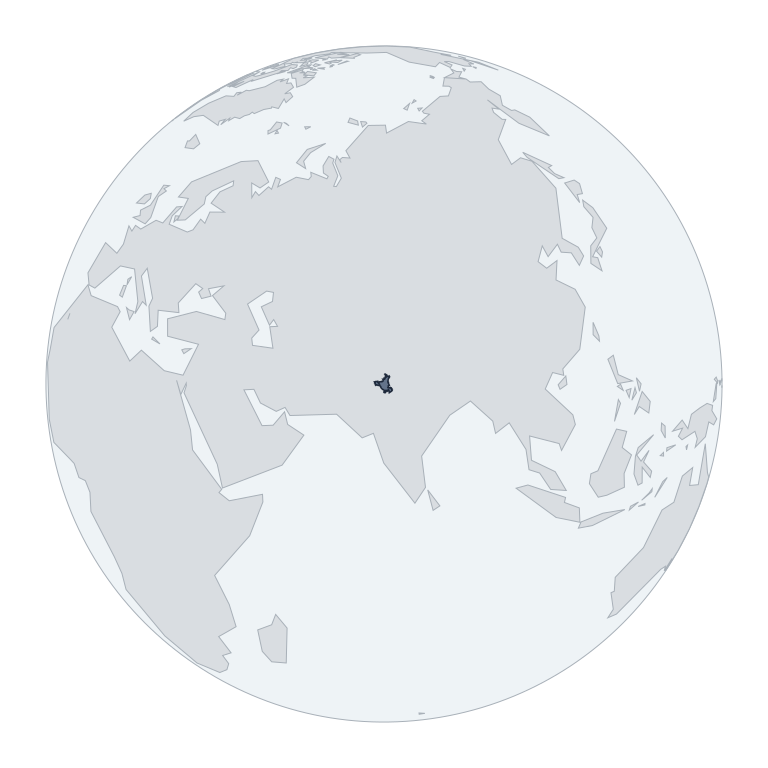 the Earth from above Haryana, rotated 349°
{"feature_id": "IND-2430", "entity_name": "Haryana", "entity_type": "State", "adm_level": 1, "iso_a3": "IND", "parent_name": "India", "parent_adm1": "", "projection": "orthographic", "projection_center": [76.236, 29.302], "detail": "medium", "context": "on_globe", "style": "filled", "palette": "slate", "viewbox_px": 768, "rotation_deg": 349, "n_neighbors": 0, "source": "natural_earth", "source_scale": "10m", "svg_char_len": 12589}
<svg xmlns="http://www.w3.org/2000/svg" viewBox="0 0 768 768"><g transform="rotate(349 384 384)"><circle cx="384" cy="384" r="338" fill="#eef3f6" stroke="#a8b0b8"/><path d="M473.6,58.2L474.1,58.4L496.9,68.0L512.7,74.2L502.5,71.2L538.2,86.2L556.1,97.7L530.5,83.1L523.8,80.6L533.3,87.0L528.5,85.9L530.3,88.8L523.7,87.2L509.3,79.9L504.7,79.0L511.7,83.8L509.5,86.0L499.9,79.0L495.0,82.4L470.1,72.8L449.8,59.0L430.6,55.9L395.6,48.6L393.4,49.5L378.8,48.6L370.9,49.6L366.7,48.9L364.0,50.5L369.4,51.1L370.0,52.2L365.9,53.1L359.7,52.0L360.9,51.4L356.9,51.6L355.7,50.8L353.9,51.7L347.0,50.9L347.6,53.3L336.9,53.9L334.0,53.0L342.5,51.1L356.8,47.2L356.7,47.2L380.3,46.1L403.9,46.7L427.4,48.9L450.7,52.7L473.6,58.2ZM305.7,55.3L309.3,54.4L308.5,54.8L316.0,53.8L306.0,56.4L292.2,59.9L285.4,61.2L279.1,63.1L278.3,64.5L258.8,70.6L233.8,81.6L229.7,83.5L232.2,82.1L256.0,71.3L280.5,62.3L305.7,55.3ZM525.1,79.5L519.4,76.3L526.6,79.9L525.1,79.5ZM531.7,89.5L534.9,90.9L534.5,91.8L531.7,89.5ZM321.0,52.6L318.6,53.1L318.4,53.0L321.0,52.6ZM326.6,51.8L328.2,51.2L331.1,50.7L330.1,51.1L326.6,51.8ZM524.0,90.6L522.4,92.2L521.5,89.2L524.0,90.6ZM324.0,52.7L336.1,50.1L341.1,49.5L341.4,50.7L324.0,52.7ZM519.8,92.3L516.1,97.1L522.8,100.3L501.8,94.8L511.9,92.0L509.8,87.6L514.9,91.1L519.8,92.3ZM372.9,50.9L367.0,50.3L375.8,50.1L372.9,50.9ZM378.4,50.6L404.5,50.1L411.2,52.1L401.1,51.5L412.8,54.1L403.2,55.2L394.6,54.1L392.2,52.4L390.4,54.2L378.4,50.6ZM490.8,91.5L487.8,91.9L488.2,90.1L490.8,91.5ZM371.0,52.6L375.6,52.1L381.8,53.6L373.5,55.1L374.2,54.1L371.0,52.6ZM420.6,54.5L423.7,56.3L416.8,57.6L417.0,58.6L403.6,55.4L420.6,54.5ZM370.7,54.2L369.1,55.9L362.5,56.2L366.8,53.4L370.7,54.2ZM386.8,53.6L389.3,54.5L385.2,54.4L386.8,53.6ZM337.9,59.1L343.4,57.8L347.0,58.4L337.9,59.1ZM369.0,56.6L371.3,56.5L373.4,56.8L371.0,58.0L369.0,56.6ZM399.6,56.8L396.1,57.2L404.8,58.1L399.9,59.6L391.8,57.4L393.3,59.0L391.8,59.5L386.9,57.3L399.6,56.8ZM374.8,60.2L362.9,58.8L351.9,60.8L348.3,60.1L366.6,57.2L374.8,60.2ZM382.3,58.6L376.9,59.4L375.2,57.9L377.9,56.5L382.3,58.6ZM399.6,61.6L409.1,59.8L410.5,60.4L399.6,61.6ZM372.0,61.0L374.9,61.4L371.4,61.3L372.0,61.0ZM391.5,61.6L394.6,60.7L396.2,61.4L391.5,61.6ZM378.2,63.1L374.3,62.5L376.0,61.3L378.2,63.1ZM384.5,62.6L385.9,63.8L378.9,61.3L385.7,62.1L384.5,62.6ZM392.4,62.3L394.4,62.5L390.9,62.6L392.4,62.3ZM373.9,68.1L364.7,65.3L368.5,62.6L376.9,65.6L373.9,68.1ZM48.7,354.7L57.9,298.3L63.1,285.9L70.9,265.6L112.3,230.1L113.4,241.4L137.2,257.2L138.8,262.7L127.6,276.3L138.8,313.0L152.3,304.5L170.8,329.0L188.4,337.0L209.5,309.6L180.7,295.8L184.0,278.7L213.7,277.0L240.1,290.4L242.2,284.3L232.5,264.5L245.6,257.1L229.9,257.0L231.0,264.8L221.2,265.3L219.6,258.4L224.3,255.7L218.4,249.6L197.5,265.2L196.3,274.8L176.4,268.5L172.6,284.2L164.7,287.8L168.1,262.7L173.2,255.7L173.7,225.2L166.5,231.7L165.6,261.3L162.7,257.0L153.0,267.5L158.1,256.1L161.1,223.5L147.8,217.8L118.5,234.7L113.4,230.5L114.6,218.4L137.7,192.1L146.7,204.7L154.9,197.0L163.8,180.1L165.7,185.8L170.4,180.9L174.8,185.5L191.5,179.8L197.6,183.7L214.2,170.6L219.6,171.2L208.2,178.5L203.6,186.2L219.9,197.3L226.0,196.2L235.5,187.2L238.8,192.1L245.9,182.0L260.3,184.9L248.8,173.5L259.6,164.1L273.7,160.6L275.2,155.9L252.2,161.7L244.9,166.1L241.9,173.0L220.2,185.0L212.4,183.8L227.3,164.5L217.9,161.2L233.6,148.9L286.2,138.4L302.9,140.7L309.4,163.7L299.7,167.9L292.5,161.4L289.8,175.9L294.5,170.6L297.2,175.1L308.3,168.4L310.8,171.4L317.2,160.5L321.4,163.4L317.3,170.2L337.3,164.3L348.9,169.0L352.2,166.4L352.5,162.2L367.1,171.7L368.9,169.5L364.8,165.3L365.8,158.3L373.2,150.1L377.8,153.8L375.8,157.3L378.4,170.8L372.3,180.3L374.9,181.1L381.4,173.8L378.1,157.2L381.3,151.2L384.2,158.5L383.4,155.4L386.4,153.7L393.7,155.7L391.1,147.7L417.9,127.2L434.8,130.2L434.4,138.2L458.0,131.0L475.2,136.9L471.3,132.8L480.1,127.9L474.9,125.8L473.7,123.6L493.9,112.4L502.2,113.5L506.6,106.0L504.6,104.1L498.7,102.8L501.8,94.8L522.8,100.3L526.2,104.0L537.0,105.8L543.1,114.5L553.1,123.2L553.4,133.0L561.4,139.8L564.7,139.9L578.0,149.9L593.7,172.0L566.2,153.8L539.7,124.8L549.2,136.1L542.7,133.8L543.4,138.3L550.5,146.8L554.0,147.5L542.8,166.0L551.1,192.8L561.2,188.0L571.8,193.6L590.1,224.6L586.7,275.0L600.8,286.8L604.4,296.4L598.4,304.8L592.9,291.0L583.1,288.4L580.9,279.9L569.4,290.3L565.7,278.6L558.6,293.3L565.8,301.4L577.4,295.8L572.7,314.7L589.7,327.5L596.2,346.9L582.8,387.3L562.4,403.3L562.1,409.8L551.7,404.9L541.3,419.7L563.5,450.3L564.1,460.3L545.6,483.1L544.6,475.9L517.0,462.8L514.2,487.0L535.3,502.7L542.6,523.3L527.5,519.3L519.8,501.1L510.0,495.8L510.9,475.3L499.5,446.0L484.1,453.8L483.7,441.2L465.6,417.2L442.6,427.2L407.2,461.9L405.0,493.4L391.6,506.9L368.7,461.6L364.2,430.4L352.3,432.7L331.7,404.6L285.7,397.0L282.4,388.1L273.0,390.3L259.1,379.1L255.3,364.4L245.4,363.0L256.3,401.6L267.3,403.3L281.1,392.3L281.7,405.3L295.6,418.9L268.5,444.2L205.6,455.3L205.0,430.9L186.0,354.5L189.7,347.9L189.8,347.0L190.0,345.4L182.5,355.6L181.1,340.8L185.3,392.2L183.5,412.2L204.6,456.4L201.3,459.1L209.8,469.1L243.7,469.1L242.6,476.7L223.2,507.3L181.2,539.6L190.0,570.9L192.5,594.0L173.5,600.4L182.6,618.7L173.8,619.7L178.2,628.9L175.3,634.4L167.8,635.9L147.2,622.2L140.0,613.2L120.8,589.5L91.6,536.5L90.6,519.9L86.3,502.1L72.0,453.2L74.7,434.2L72.4,421.9L66.7,417.6L64.7,402.9L61.9,398.4L48.8,378.3L48.7,354.7ZM89.2,254.7L85.9,260.2L89.2,254.7ZM262.3,321.0L281.8,327.7L282.8,306.0L290.5,307.1L288.0,299.7L282.8,304.4L278.3,284.8L290.3,281.7L293.0,273.0L286.5,270.4L265.3,279.5L271.6,307.2L262.9,313.7L262.3,321.0ZM227.5,84.5L228.4,84.1L225.8,85.4L227.5,84.5ZM191.9,152.4L190.0,157.4L183.2,161.5L175.6,159.1L185.3,152.9L191.9,152.4ZM188.8,163.9L205.8,146.8L211.2,148.4L205.3,150.3L207.2,153.0L198.2,156.9L186.8,176.1L180.1,181.2L169.6,172.5L176.7,172.1L178.2,166.9L188.8,163.9ZM239.4,108.3L246.8,103.1L249.0,113.0L241.9,116.8L233.8,114.0L237.5,107.9L239.4,108.3ZM322.1,56.1L324.8,55.1L326.5,55.2L325.6,56.1L322.1,56.1ZM340.2,58.5L312.1,61.5L313.7,60.2L295.3,64.7L292.5,63.3L304.5,60.2L288.6,63.0L298.3,59.8L287.0,62.3L314.1,55.7L322.2,53.6L314.2,56.3L316.6,57.5L320.0,57.4L335.9,55.9L354.5,52.8L359.8,54.3L358.6,56.2L355.0,57.1L352.7,55.7L349.4,58.0L343.3,56.8L340.2,58.5ZM341.5,89.1L340.4,85.1L332.9,93.4L326.7,90.5L326.2,91.7L318.4,91.6L308.2,93.8L306.6,92.0L303.3,93.7L298.1,94.1L293.0,95.9L288.3,93.6L281.8,95.9L283.3,93.6L273.2,98.3L278.7,93.9L272.4,94.5L270.4,98.5L257.9,85.8L248.4,85.3L237.5,87.8L248.4,81.0L265.5,74.9L283.9,71.0L291.5,73.0L295.0,70.0L299.7,70.3L295.0,72.5L305.0,69.4L307.6,70.4L324.1,69.5L337.0,65.5L343.3,65.5L339.6,67.6L348.5,66.2L345.7,70.4L350.1,70.7L351.8,75.5L341.9,80.2L347.6,80.2L349.2,84.5L341.5,89.1ZM374.0,69.5L363.5,74.7L355.0,76.0L355.7,67.1L352.1,66.3L352.2,61.5L364.5,60.0L363.3,61.4L365.1,62.5L360.5,62.5L365.5,63.3L364.0,65.4L367.4,66.8L363.1,68.0L374.0,69.5ZM145.8,259.8L147.9,262.6L152.5,265.2L146.5,272.3L145.8,259.8ZM147.2,237.5L149.9,238.4L143.7,248.8L141.4,246.3L147.2,237.5ZM156.8,230.5L150.6,237.7L152.6,232.3L156.8,230.5ZM211.3,179.1L214.8,180.0L213.1,182.4L208.7,184.8L211.3,179.1ZM317.8,116.5L318.5,113.1L320.9,112.8L328.6,106.3L333.8,108.4L331.2,113.1L317.8,116.5ZM201.5,312.5L193.3,316.0L192.0,311.9L195.1,311.5L201.5,312.5ZM166.2,293.7L171.7,301.9L164.5,295.6L166.2,293.7ZM324.8,117.6L327.4,114.6L328.3,117.6L324.8,117.6ZM338.0,109.6L340.1,112.5L335.4,107.9L338.0,109.6ZM355.6,713.6L361.3,715.1L355.5,714.9L355.6,713.6ZM242.3,605.1L234.8,639.2L220.8,635.3L213.5,623.2L213.1,601.3L227.8,598.9L233.7,589.5L242.3,605.1ZM610.1,552.7L617.4,551.1L617.0,552.5L610.1,552.7ZM602.6,551.1L611.3,548.4L600.8,554.5L602.6,551.1ZM614.7,547.3L623.5,541.5L627.3,537.9L626.4,540.8L614.7,547.3ZM596.5,553.2L561.6,562.7L547.3,562.6L551.1,557.0L574.3,552.6L596.5,553.2ZM549.9,557.1L527.5,547.9L493.8,511.5L506.0,510.6L540.6,530.0L538.5,534.7L552.1,542.9L549.9,557.1ZM602.6,517.7L600.3,531.2L581.5,535.7L572.7,536.0L566.6,521.0L570.0,511.6L577.4,510.0L603.6,472.6L613.2,476.8L605.7,491.8L613.4,500.8L602.6,517.7ZM406.7,496.3L415.6,514.3L408.1,517.4L406.7,496.3ZM612.5,448.1L603.1,464.7L611.1,444.0L612.5,448.1ZM616.2,429.4L617.6,435.9L612.6,430.9L616.2,429.4ZM563.5,419.4L555.8,422.8L554.8,418.0L564.0,410.8L563.5,419.4ZM601.0,363.3L604.1,377.8L603.7,383.1L598.7,375.5L601.0,363.3ZM372.7,136.7L356.1,142.9L347.6,150.0L348.2,157.6L340.3,150.1L353.4,139.1L372.7,136.7ZM411.9,127.7L411.2,121.9L416.2,123.3L417.0,124.8L411.9,127.7ZM408.2,125.0L398.6,120.3L401.3,116.4L408.3,120.8L408.2,125.0ZM361.2,117.5L355.9,119.0L355.2,116.4L361.2,117.5ZM624.5,621.3L630.2,614.6L624.4,620.4L633.5,610.2L623.4,620.9L625.5,616.6L620.3,618.7L568.3,654.2L559.1,656.2L566.1,648.9L567.0,632.2L570.5,631.4L574.1,617.9L607.5,594.1L632.9,560.7L646.0,555.4L659.3,531.3L671.1,524.9L664.6,541.9L673.3,542.8L688.0,503.9L684.6,532.8L685.0,537.2L682.2,543.0L669.9,564.1L656.2,584.3L641.0,603.4L624.5,621.3ZM628.1,546.9L639.0,533.0L644.2,529.8L628.1,546.9ZM715.4,450.2L714.9,452.1L715.4,449.9L715.4,450.2ZM716.2,445.9L716.3,445.2L716.7,442.8L716.3,445.3L716.2,445.9ZM716.0,444.0L716.1,445.8L715.8,445.0L716.0,444.0ZM715.3,446.5L714.7,446.5L714.9,445.5L715.3,446.5ZM700.8,472.7L704.0,481.7L699.8,487.0L695.6,483.2L689.5,497.1L677.4,505.5L681.1,497.5L680.2,489.8L665.9,495.6L663.0,491.5L668.7,484.3L658.3,485.4L669.8,476.3L673.8,485.8L680.0,472.4L689.4,467.8L697.4,464.7L702.5,467.7L700.8,472.7ZM668.5,503.0L670.4,501.8L668.4,506.4L668.5,503.0ZM713.5,443.9L714.4,446.7L714.1,448.5L713.5,449.1L713.5,443.9ZM703.9,464.1L710.0,447.3L711.1,445.8L706.9,461.7L703.9,464.1ZM709.1,442.4L711.4,440.6L712.1,444.5L711.6,446.7L709.1,442.4ZM645.3,504.5L644.7,508.1L641.5,507.0L645.3,504.5ZM649.6,500.5L658.8,499.4L648.6,503.8L649.6,500.5ZM618.5,501.9L621.6,508.8L631.5,499.7L623.9,510.1L630.1,520.6L627.5,526.5L621.6,514.9L618.5,530.4L614.0,531.8L612.2,520.1L617.0,503.0L621.4,494.9L639.0,485.2L618.5,501.9ZM649.8,490.7L647.2,482.5L649.0,475.3L651.9,478.9L649.8,490.7ZM638.4,463.0L630.3,454.8L623.9,461.7L636.0,440.6L642.0,451.9L638.4,463.0ZM630.1,440.8L624.2,447.2L629.7,435.5L630.1,440.8ZM622.1,444.1L620.4,436.4L625.6,435.6L622.1,444.1ZM633.4,439.9L632.9,426.0L636.4,432.9L633.4,439.9ZM615.7,419.5L628.5,428.4L613.5,428.2L608.5,402.4L614.6,399.5L615.7,419.5ZM621.9,301.0L618.0,294.2L622.2,290.3L623.7,296.0L621.9,301.0ZM632.4,273.6L622.0,287.1L613.1,298.9L617.9,300.8L619.6,314.5L610.1,305.1L613.3,287.8L620.8,281.2L617.9,270.2L621.0,260.3L614.0,248.1L614.1,241.4L622.6,250.7L632.4,273.6ZM610.7,243.3L599.7,221.2L609.6,220.1L614.2,224.6L615.1,235.0L609.8,234.9L610.7,243.3ZM600.0,215.8L594.8,215.8L567.7,188.8L564.4,183.0L590.3,201.6L586.7,202.8L591.6,210.0L600.0,215.8ZM490.9,93.6L488.1,92.0L491.8,92.7L490.9,93.6ZM470.6,122.7L469.7,119.8L474.1,120.3L470.6,122.7ZM469.5,112.3L465.2,113.7L467.8,110.6L469.5,112.3ZM455.9,117.4L462.6,113.5L459.0,119.6L455.9,117.4Z" fill="#d9dde1" stroke="#a8b0b8" stroke-width="1"/><path d="M386.9,374.4L387.4,374.6L387.9,375.3L388.5,375.7L388.6,376.6L388.9,377.1L389.8,377.3L390.2,377.2L390.1,377.4L390.5,377.3L390.9,377.7L390.8,378.2L389.1,380.0L388.8,381.0L388.4,381.9L388.4,382.3L388.2,382.5L388.3,382.8L388.5,382.9L388.3,383.3L388.7,383.3L388.6,385.1L389.1,386.3L388.7,386.6L388.3,386.5L387.7,386.7L387.7,387.6L387.1,388.3L387.3,388.6L388.0,388.4L389.0,389.1L389.2,388.7L389.7,388.6L389.9,389.0L390.4,389.1L390.5,389.3L390.4,389.8L390.8,390.2L390.6,390.4L390.8,390.6L390.5,390.7L390.6,391.1L390.4,391.0L390.4,391.4L390.7,391.9L390.4,392.3L389.2,392.9L388.2,392.8L388.4,393.2L387.5,393.6L387.7,390.9L387.1,390.3L386.1,391.2L386.2,391.6L385.7,391.8L385.5,391.5L385.1,391.3L385.2,391.2L385.3,391.0L385.1,390.7L384.7,390.8L384.3,390.5L384.5,390.9L384.4,391.0L384.6,391.2L384.5,391.4L384.1,391.2L383.6,391.4L383.9,392.7L383.7,392.8L383.4,392.6L382.7,392.6L382.4,392.0L382.7,391.9L382.6,391.7L382.9,391.1L382.7,391.2L382.9,390.6L383.2,390.7L382.6,389.7L382.2,389.3L381.6,389.1L381.6,388.9L380.7,387.9L380.1,386.2L380.3,385.8L379.7,385.1L379.6,384.2L379.4,384.4L379.3,384.0L378.9,384.2L378.6,384.1L378.0,384.4L376.8,383.4L375.7,383.8L375.3,383.1L375.7,382.8L375.5,382.2L375.6,381.3L375.1,381.4L374.9,381.2L375.0,380.9L375.4,380.6L375.2,380.1L375.9,380.3L376.2,380.0L376.7,379.9L377.3,380.2L377.7,380.6L378.2,380.3L378.2,380.9L378.4,381.1L378.7,380.8L378.9,381.3L378.5,381.7L378.9,382.4L379.2,382.3L379.2,382.0L380.0,381.0L381.2,381.2L381.8,380.9L382.2,381.4L383.0,381.3L383.9,380.7L383.7,380.2L383.9,379.4L384.1,379.4L383.9,379.1L384.7,379.2L384.9,378.8L385.1,379.3L385.5,379.4L386.0,379.0L386.1,378.7L385.8,378.4L385.6,378.6L385.5,378.4L386.5,377.8L386.5,377.4L387.0,377.4L387.2,377.7L387.4,377.7L387.4,376.3L387.0,375.9L387.0,374.9L386.7,374.5L386.9,374.4Z" fill="#64748b" stroke="#1e293b" stroke-width="1.5"/></g></svg>